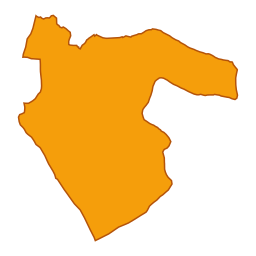 the district of Awe, Nassarawa, Nigeria
{"feature_id": "59680162B80791368745463", "entity_name": "Awe", "entity_type": "district", "adm_level": 2, "iso_a3": "NGA", "parent_name": "Nigeria", "parent_adm1": "Nassarawa", "projection": "robinson", "projection_center": [9.241, 8.214], "detail": "fine", "context": "isolated", "style": "filled", "palette": "amber", "viewbox_px": 256, "rotation_deg": 0, "n_neighbors": 0, "source": "geoboundaries", "source_scale": "gbopen_adm2", "svg_char_len": 3531}
<svg xmlns="http://www.w3.org/2000/svg" viewBox="0 0 256 256"><path d="M146.1,212.1L147.3,210.4L149.5,206.1L151.3,204.4L153.9,202.2L156.9,200.0L160.2,196.5L162.8,194.8L165.7,192.2L168.3,190.0L172.0,184.0L171.5,180.6L168.1,177.3L166.5,174.8L165.4,172.2L164.6,169.3L164.5,163.4L164.4,162.5L164.3,157.9L162.7,152.0L164.2,149.4L167.2,148.0L169.0,145.9L170.8,141.6L168.9,137.8L166.2,134.5L163.9,132.4L161.9,131.4L161.2,131.0L160.7,130.2L160.5,129.9L158.8,128.8L157.6,127.5L155.4,126.4L153.7,125.2L152.0,124.6L149.7,123.5L148.0,122.3L146.3,121.1L144.1,119.7L142.9,116.4L142.6,115.2L142.1,113.4L142.8,109.6L144.3,107.4L146.1,105.3L148.3,102.3L149.7,98.0L150.8,95.4L152.2,90.7L152.9,86.5L154.0,83.9L155.1,81.3L156.5,80.0L159.5,77.9L161.4,77.8L163.6,78.2L167.4,80.2L169.7,81.9L173.5,84.3L177.3,85.9L181.1,88.0L184.1,89.2L188.6,91.6L191.3,92.8L193.9,94.0L197.0,94.8L198.8,94.8L200.7,94.3L203.3,95.1L205.2,95.5L207.5,95.0L210.9,94.9L213.5,94.9L214.6,94.4L216.8,94.8L219.5,95.2L221.0,96.0L226.7,97.1L229.3,97.5L231.9,98.7L235.0,99.5L236.8,98.2L237.5,95.2L236.3,89.7L235.8,85.1L235.7,81.2L235.7,77.9L236.4,74.0L237.3,69.8L236.8,68.9L235.4,67.3L233.4,64.7L232.3,62.1L231.3,61.9L230.0,61.9L228.1,60.6L225.6,60.3L223.1,59.9L221.8,59.5L218.6,58.9L217.9,58.6L216.9,58.1L215.4,57.5L214.1,56.6L212.9,55.8L212.2,55.4L209.8,54.2L208.5,53.8L206.0,53.9L202.9,52.7L199.9,51.9L196.8,50.7L195.8,50.3L194.2,49.5L189.7,47.9L187.4,46.7L185.2,45.1L183.6,44.2L180.6,42.6L178.7,41.0L175.7,39.8L172.2,37.8L169.6,35.8L165.8,33.9L163.2,32.6L160.7,30.6L158.1,30.0L156.2,29.4L152.5,28.9L151.3,29.7L148.8,29.8L146.7,30.5L146.3,30.6L145.9,30.8L143.9,32.2L141.4,33.7L138.3,33.9L137.1,34.6L136.1,34.9L134.0,35.5L131.5,36.3L130.9,37.1L127.4,36.3L125.9,35.9L124.1,36.8L123.6,37.1L122.8,37.5L122.2,36.8L119.7,37.6L116.6,37.8L112.9,38.0L107.3,38.3L106.0,38.3L102.9,37.8L97.1,35.2L96.5,34.6L94.8,36.0L94.7,36.1L94.0,34.7L90.9,36.9L88.5,38.5L87.9,39.2L86.7,40.0L85.6,42.2L84.6,43.5L82.2,45.3L81.6,46.4L80.2,48.9L78.9,48.2L78.6,47.0L77.6,46.9L76.7,45.4L75.7,45.4L73.3,45.4L70.1,45.1L68.8,44.5L68.7,41.6L69.2,39.5L69.8,38.0L70.7,35.8L70.4,33.7L70.2,32.3L68.2,30.7L65.9,28.6L64.3,27.6L63.2,27.0L61.9,27.8L60.0,27.1L58.8,25.4L58.0,25.0L56.7,23.8L56.6,20.9L56.5,18.1L54.8,16.7L53.3,15.4L51.3,15.8L50.3,17.1L49.2,18.0L47.7,17.8L45.8,17.9L45.2,18.2L43.6,19.0L41.7,18.2L40.6,17.0L38.9,17.5L36.4,16.2L36.0,15.8L32.9,28.4L30.8,33.9L27.2,38.9L25.7,47.1L23.3,54.2L22.9,57.2L24.3,57.1L25.5,57.2L26.8,57.3L27.2,57.3L27.4,57.3L31.3,58.7L33.4,58.8L35.7,59.0L37.6,59.1L40.1,59.3L40.2,60.6L40.3,61.9L40.4,64.4L40.4,69.0L40.4,69.4L40.5,72.0L40.6,72.8L41.1,77.5L41.4,80.0L41.5,83.0L41.6,86.0L41.4,88.7L40.9,90.3L40.3,92.1L39.8,92.6L38.2,94.1L37.6,95.1L36.8,96.3L36.3,97.1L35.4,98.6L33.5,100.2L32.9,100.7L31.3,101.7L28.5,103.3L25.8,103.3L24.0,103.1L24.8,107.0L24.8,108.4L24.6,110.9L24.3,112.6L21.9,113.8L19.7,114.6L18.5,117.1L19.2,121.7L20.3,124.8L23.0,127.5L24.3,129.2L24.8,130.1L26.1,132.6L27.7,134.2L29.5,135.6L31.5,137.1L33.3,139.7L33.7,140.3L34.7,142.0L35.9,144.3L36.3,144.7L37.5,145.6L39.5,147.1L40.1,147.6L40.8,148.7L42.1,150.9L43.8,153.8L44.8,155.5L47.0,160.4L48.7,164.0L50.1,166.3L50.9,167.6L51.3,168.3L52.9,170.9L54.2,173.5L54.7,174.5L55.5,177.2L55.7,178.2L57.5,179.3L59.2,181.9L64.3,189.7L67.6,194.2L69.2,196.5L74.4,203.8L80.3,210.0L80.8,211.0L84.5,217.8L90.4,230.1L94.2,237.5L94.4,238.1L95.3,240.6L97.3,239.6L97.8,239.4L105.3,235.6L108.7,233.9L118.6,227.1L128.4,223.0L136.3,218.2L139.3,216.3L140.7,215.4L143.9,213.5L146.1,212.1Z" fill="#f59e0b" stroke="#b45309" stroke-width="1.5"/></svg>